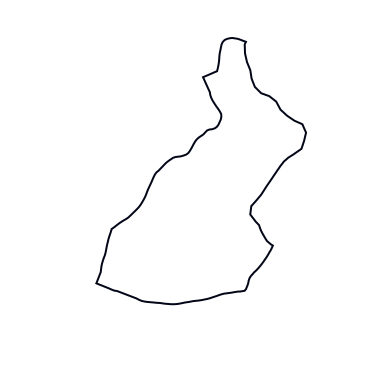 outline of Yahr, Lahij, Yemen, rotated 328°
{"feature_id": "15242507B12651180402694", "entity_name": "Yahr", "entity_type": "district", "adm_level": 2, "iso_a3": "YEM", "parent_name": "Yemen", "parent_adm1": "Lahij", "projection": "robinson", "projection_center": [45.152, 13.723], "detail": "fine", "context": "isolated", "style": "outline", "palette": "ink", "viewbox_px": 384, "rotation_deg": 328, "n_neighbors": 0, "source": "geoboundaries", "source_scale": "gbopen_adm2", "svg_char_len": 2939}
<svg xmlns="http://www.w3.org/2000/svg" viewBox="0 0 384 384"><g transform="rotate(328 192 192)"><path d="M317.3,93.2L315.5,90.9L314.7,89.8L313.8,88.6L312.1,86.5L310.0,84.6L307.6,82.6L305.2,81.5L302.7,80.7L300.2,80.4L297.5,81.1L295.2,82.6L293.3,84.6L291.0,87.0L288.9,89.2L287.0,91.6L285.3,94.0L283.6,96.2L281.5,98.6L279.5,100.7L277.3,102.8L262.2,100.5L260.0,116.9L258.9,119.4L258.6,120.7L258.2,122.4L257.9,125.5L257.9,128.6L258.0,132.3L258.2,135.2L258.3,138.3L258.1,141.3L256.8,143.7L254.8,145.8L252.4,147.4L250.2,148.9L247.7,149.9L245.2,150.1L242.5,149.5L240.0,148.3L237.5,147.8L234.7,148.5L232.2,149.2L229.6,149.3L227.0,149.4L224.3,149.8L221.7,150.7L219.2,152.0L216.8,153.4L214.5,154.7L212.0,156.0L209.5,157.0L206.9,157.2L204.1,156.6L201.6,155.9L199.1,154.8L196.6,153.6L194.1,153.0L191.2,153.1L188.7,153.2L185.8,153.5L183.2,154.1L180.6,154.8L178.1,155.4L175.0,156.2L172.4,156.5L170.0,157.4L167.7,158.8L165.5,160.3L163.2,161.9L160.8,163.5L158.6,164.9L156.3,166.4L154.2,167.9L151.8,169.8L149.5,171.4L146.7,173.0L144.1,174.4L141.0,175.9L138.5,176.8L135.7,177.5L133.0,178.1L130.2,178.7L127.5,179.3L124.5,179.9L121.9,180.0L119.1,179.9L116.6,179.9L113.5,180.0L110.4,180.3L107.8,180.6L105.1,180.8L104.3,180.8L103.4,181.6L101.1,183.6L98.6,185.6L96.4,187.5L94.4,189.5L92.1,191.7L90.3,193.6L88.4,195.7L86.4,197.8L84.3,199.7L82.0,201.4L79.6,203.4L77.5,205.3L75.6,207.3L73.8,209.5L72.1,211.6L62.5,218.8L70.4,229.6L72.0,232.0L73.8,234.4L76.0,236.3L88.4,252.7L90.1,255.6L91.8,257.9L94.0,260.0L96.3,261.9L98.7,263.7L101.2,265.6L103.4,267.3L106.1,269.2L108.3,271.1L110.4,272.8L112.7,274.5L114.8,276.1L117.4,277.7L120.2,279.2L122.6,280.2L125.0,281.1L128.0,282.2L130.4,283.3L132.9,284.3L135.3,285.2L137.9,286.5L140.6,287.8L143.2,288.9L146.2,290.0L148.9,291.0L151.4,291.7L154.8,292.5L157.9,293.3L160.5,293.8L163.1,294.5L165.1,295.1L169.7,297.2L171.7,298.1L174.7,299.3L176.3,300.0L178.0,300.7L180.1,301.9L180.3,302.0L183.9,303.5L184.7,303.6L185.6,303.1L186.4,303.0L187.5,302.1L188.8,301.2L190.2,300.1L191.1,299.3L191.5,299.0L193.1,297.2L195.4,295.4L197.9,294.3L200.2,293.7L202.2,293.0L202.6,293.0L205.1,292.5L207.8,291.8L210.3,291.0L213.1,290.0L215.6,289.0L218.4,287.8L220.9,286.7L223.5,285.4L225.8,284.1L228.3,282.9L230.6,281.4L232.2,280.3L231.2,278.3L229.6,273.3L229.6,269.9L229.8,264.4L230.1,261.1L230.5,258.9L230.9,257.3L231.3,255.6L230.3,250.8L229.5,241.9L234.8,235.4L242.0,233.3L249.1,231.0L259.3,226.2L260.3,225.8L261.6,225.2L264.7,223.9L264.9,223.8L267.4,222.7L268.5,222.2L270.0,221.5L271.4,220.9L273.2,220.1L273.5,220.0L275.6,219.0L277.6,218.2L280.5,216.9L286.3,214.8L289.0,214.4L291.9,213.9L292.2,213.9L297.2,213.9L297.5,213.9L307.7,213.4L314.2,208.0L316.3,205.9L320.2,202.1L320.5,199.8L321.3,194.4L321.5,193.0L316.7,185.9L315.1,182.3L313.1,177.8L310.7,169.1L311.3,159.9L308.3,151.6L303.0,144.9L301.0,136.2L302.6,127.5L306.0,119.6L307.5,110.9L310.4,102.6L314.9,94.8L317.3,93.2L317.3,93.2Z" fill="none" stroke="#020617" stroke-width="2"/></g></svg>